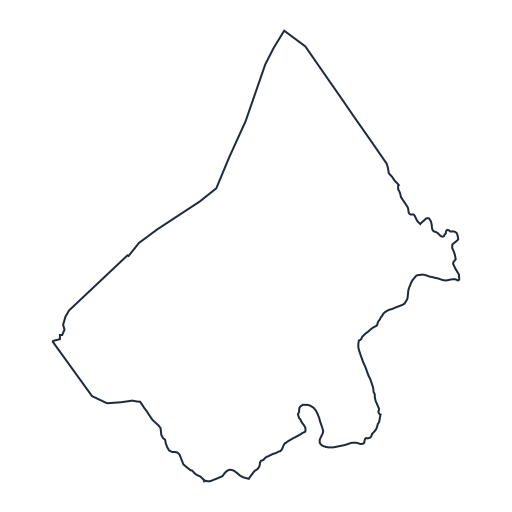 outline of Thamazo, Dennery, Saint Lucia
{"feature_id": "8701671B30671419360126", "entity_name": "Thamazo", "entity_type": "district", "adm_level": 2, "iso_a3": "LCA", "parent_name": "Saint Lucia", "parent_adm1": "Dennery", "projection": "natural_earth1", "projection_center": [-60.943, 13.934], "detail": "fine", "context": "isolated", "style": "outline", "palette": "slate", "viewbox_px": 512, "rotation_deg": 0, "n_neighbors": 0, "source": "geoboundaries", "source_scale": "gbopen_adm2", "svg_char_len": 6064}
<svg xmlns="http://www.w3.org/2000/svg" viewBox="0 0 512 512"><path d="M447.3,280.3L448.4,280.0L449.1,279.9L450.0,279.7L451.5,279.4L453.6,279.2L454.3,279.2L455.7,279.4L455.9,279.5L456.8,279.9L457.6,280.4L457.8,280.4L458.1,280.4L458.3,280.4L458.7,280.1L459.2,279.4L458.9,274.5L455.4,268.7L453.1,263.8L453.5,261.9L455.7,259.4L455.0,255.3L454.0,252.0L452.1,247.7L452.4,244.4L457.1,240.6L458.2,239.4L457.9,236.9L457.4,234.9L456.8,233.4L456.6,233.0L455.1,231.9L453.7,231.4L452.7,231.4L450.7,231.6L450.1,231.3L449.6,230.9L448.8,230.3L448.2,230.0L447.5,229.9L446.7,230.3L446.5,230.5L446.0,231.6L445.7,233.5L444.6,234.5L444.0,236.1L443.0,236.7L442.2,236.6L440.9,236.1L440.1,235.4L438.8,234.2L437.9,233.2L437.3,232.8L436.1,232.1L433.9,231.4L433.4,231.0L432.7,230.2L432.3,229.2L432.0,228.2L431.7,224.7L431.2,222.4L430.4,220.4L429.6,219.2L428.9,218.4L428.2,218.2L427.1,218.2L426.3,218.5L425.8,218.7L424.3,220.2L422.5,221.7L421.1,223.1L420.8,223.4L420.3,224.0L420.0,223.6L419.3,223.1L418.3,222.2L417.3,221.0L416.1,218.7L414.8,216.0L414.2,215.0L413.6,214.6L412.5,214.4L411.9,214.5L411.1,214.6L410.4,214.4L409.7,214.0L409.1,213.3L408.8,212.7L408.5,211.4L408.2,208.9L407.9,207.7L407.4,206.8L403.5,200.9L402.3,199.2L401.9,198.4L401.3,197.7L401.0,197.1L400.8,196.4L400.6,195.6L400.4,194.2L399.1,190.8L398.4,189.8L398.2,189.2L398.1,187.6L398.1,186.1L398.4,185.5L398.8,185.1L396.5,182.5L394.6,180.6L392.1,176.8L389.9,174.5L388.8,173.1L388.0,168.1L386.7,163.7L370.8,140.7L353.0,115.3L342.6,100.1L327.5,78.4L305.3,46.4L284.2,30.7L273.7,47.9L265.3,64.3L245.6,121.2L229.2,157.3L216.3,188.3L199.9,201.4L157.5,229.2L139.0,242.9L128.5,256.0L127.4,255.4L69.1,310.4L65.4,316.8L63.1,324.8L64.5,329.6L62.2,335.0L59.9,335.0L59.9,339.2L53.1,340.9L52.8,341.8L92.0,396.1L106.7,403.1L109.2,403.1L120.5,402.3L127.1,401.4L132.4,400.6L136.3,401.4L140.2,401.8L144.0,407.6L146.8,411.3L149.7,415.8L152.5,419.9L155.6,422.8L158.4,425.3L160.6,428.2L160.9,431.1L161.3,434.8L163.0,438.1L165.1,439.7L165.8,443.4L167.2,447.1L169.0,450.4L172.2,452.0L175.0,452.0L177.4,452.5L179.5,454.5L183.4,464.4L187.3,467.7L190.5,470.2L192.2,470.6L194.3,473.0L196.4,474.7L200.6,476.7L203.5,479.6L204.0,480.8L204.3,480.1L205.1,480.8L205.4,480.9L206.3,481.0L206.6,481.1L208.2,481.2L208.6,481.3L209.5,481.3L210.0,481.1L210.9,480.9L211.4,480.8L212.5,480.3L213.6,479.8L215.0,479.3L216.1,478.9L216.3,478.8L217.1,478.5L218.8,477.7L220.2,477.2L220.6,477.0L222.0,476.3L222.4,476.1L222.8,475.7L223.2,475.0L223.4,474.9L223.6,474.6L224.1,473.9L224.4,473.4L224.6,473.2L225.6,472.1L225.8,472.0L226.1,471.6L226.8,471.1L227.1,470.9L227.4,470.6L227.7,470.6L228.0,470.4L229.0,469.9L229.9,469.8L231.3,469.9L231.6,470.0L231.8,470.0L232.1,470.1L232.9,470.4L233.1,470.4L233.9,470.7L235.3,471.7L236.5,472.7L236.9,472.8L238.1,474.0L239.0,474.7L239.2,474.8L239.9,475.5L240.2,475.6L240.6,475.9L241.8,476.7L242.0,476.7L242.9,477.2L244.0,477.5L244.6,477.7L248.8,478.8L249.3,477.9L250.2,476.7L250.5,476.3L251.1,475.5L251.7,474.6L252.0,474.2L252.3,474.1L252.5,473.6L253.9,471.7L254.1,471.5L254.5,471.0L255.6,470.3L256.1,470.1L256.3,469.9L256.8,469.6L257.0,469.4L257.3,469.2L257.7,468.9L257.9,468.6L258.5,467.7L258.8,467.5L259.0,467.0L259.1,466.8L259.7,465.2L259.8,464.7L259.8,464.2L259.9,463.1L260.0,462.5L260.4,461.8L261.0,460.8L263.5,459.9L264.2,459.0L264.9,458.2L265.3,457.8L266.1,457.2L267.0,456.6L267.3,456.5L267.8,456.5L268.5,456.2L268.9,456.0L270.0,455.3L271.3,454.8L272.7,454.0L273.7,453.7L274.6,453.5L275.3,453.3L277.6,452.2L278.7,451.6L279.2,451.4L280.1,451.2L280.6,451.0L280.9,450.6L281.6,449.6L282.4,448.4L282.9,447.2L283.1,446.7L283.3,446.0L283.9,444.8L284.4,444.0L284.8,443.4L285.1,443.1L286.2,442.7L286.9,442.0L287.2,441.7L288.5,441.0L289.6,440.3L290.7,439.7L291.6,439.2L293.0,438.3L294.3,437.6L295.2,437.3L296.5,436.5L297.5,436.0L301.3,433.9L302.1,433.1L304.8,432.0L305.5,430.9L305.4,427.9L304.1,425.5L303.3,424.3L301.7,422.3L300.3,419.3L299.2,418.2L298.7,416.8L297.9,414.2L298.8,412.7L299.1,411.3L299.3,408.1L300.2,406.6L302.8,404.8L307.8,404.9L310.1,405.6L313.4,407.6L315.6,410.2L317.0,412.6L317.2,413.1L319.2,418.0L320.1,421.5L322.0,426.9L323.2,430.9L322.9,432.7L322.3,434.3L320.7,437.5L319.7,439.8L319.7,442.5L320.5,444.0L322.4,445.7L325.4,446.8L328.6,447.4L333.2,447.4L342.0,445.6L344.1,445.2L348.0,444.0L351.5,442.8L355.7,442.7L357.3,443.0L360.1,443.9L361.9,444.0L362.8,443.7L364.2,443.0L364.4,441.3L365.1,438.9L366.3,438.0L367.7,438.4L369.0,438.0L370.5,437.5L371.4,436.0L372.1,433.8L374.9,431.0L376.3,428.8L377.2,426.4L377.8,424.0L378.7,422.7L379.2,421.8L380.4,415.1L380.5,414.8L380.3,414.8L378.8,413.1L378.4,411.7L378.7,410.7L379.1,409.0L378.4,407.3L375.7,401.1L374.9,398.0L374.7,394.0L373.6,392.0L373.2,388.2L372.2,384.7L370.3,379.2L369.0,376.5L368.8,376.4L368.6,375.9L368.0,374.2L366.7,370.7L365.9,368.3L363.3,362.5L362.0,358.8L361.3,357.0L360.6,355.1L360.3,354.1L359.8,352.7L358.9,349.7L358.7,349.0L358.4,347.8L358.3,346.2L358.3,344.7L358.4,343.8L358.6,342.2L358.7,341.3L358.9,340.5L359.9,340.1L361.0,339.3L361.3,338.9L361.5,338.4L362.0,337.2L362.4,336.6L364.1,334.9L365.7,333.4L368.2,331.6L369.2,330.7L371.2,328.9L372.6,327.9L374.3,326.9L376.3,325.9L376.8,325.5L377.1,325.0L377.2,324.8L377.4,324.1L377.8,322.5L378.2,321.7L378.7,320.9L379.5,319.9L379.9,319.3L380.5,318.1L380.7,317.7L381.0,317.1L381.4,316.6L382.2,315.9L382.6,314.9L383.0,314.3L383.4,313.7L383.9,313.1L384.8,312.3L386.6,311.1L387.7,310.5L389.1,309.8L389.5,309.7L391.4,309.2L392.1,309.0L397.5,306.7L399.0,306.2L401.9,305.1L403.7,304.1L404.3,303.8L404.6,303.4L405.1,302.8L405.7,301.6L406.7,300.1L407.0,299.6L407.3,298.9L407.6,297.5L407.7,296.5L407.8,295.9L407.8,295.2L408.0,294.1L408.2,291.6L408.2,291.2L408.5,289.7L408.7,289.1L409.5,286.7L410.7,283.8L411.0,282.9L412.1,280.9L412.5,280.2L414.0,278.3L414.8,277.4L415.9,276.2L416.3,275.7L416.9,275.4L417.6,275.2L419.4,275.0L420.7,274.8L421.8,274.7L423.5,274.7L424.8,275.0L426.1,275.3L426.9,275.6L428.9,276.4L429.5,276.6L430.1,276.7L432.1,277.0L435.2,277.9L435.9,278.0L436.4,278.0L436.9,278.1L439.1,278.8L442.0,279.8L442.6,280.0L444.8,280.4L446.5,280.4L447.3,280.3Z" fill="none" stroke="#1e293b" stroke-width="2"/></svg>